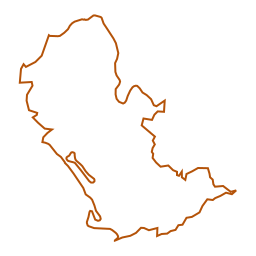 Pap, Namangan, Uzbekistan
{"feature_id": "79887680B13435458352129", "entity_name": "Pap", "entity_type": "district", "adm_level": 2, "iso_a3": "UZB", "parent_name": "Uzbekistan", "parent_adm1": "Namangan", "projection": "albers", "projection_center": [70.772, 41.09], "detail": "fine", "context": "isolated", "style": "outline", "palette": "amber", "viewbox_px": 256, "rotation_deg": 0, "n_neighbors": 0, "source": "geoboundaries", "source_scale": "gbopen_adm2", "svg_char_len": 2415}
<svg xmlns="http://www.w3.org/2000/svg" viewBox="0 0 256 256"><path d="M164.7,100.6L156.5,106.2L153.8,105.2L151.1,99.2L146.7,95.1L142.5,92.5L139.7,88.3L137.2,85.9L135.9,85.7L134.0,86.2L132.5,87.3L130.2,90.6L127.7,96.0L126.2,100.6L124.7,102.7L123.1,103.5L119.0,101.8L116.6,98.8L115.6,94.4L115.7,89.1L119.2,84.5L120.1,81.6L119.6,79.9L116.6,75.5L115.4,71.9L115.1,63.2L115.2,62.9L117.1,58.8L118.3,53.1L115.9,43.2L113.4,38.4L107.2,28.9L103.6,23.5L101.6,17.8L100.7,17.0L94.9,15.4L93.4,15.5L87.9,19.6L85.7,19.9L84.5,19.4L84.0,19.7L82.0,19.3L74.7,21.6L72.2,23.2L69.9,25.7L68.0,29.2L64.2,32.8L59.9,35.9L57.8,36.2L49.8,35.9L48.9,35.2L41.7,55.7L35.4,62.0L25.9,66.9L23.6,64.2L21.0,68.9L19.8,82.7L31.7,82.0L32.5,85.7L27.0,94.8L26.6,100.7L29.0,110.2L37.2,112.9L36.8,114.9L32.8,117.4L38.0,122.7L44.7,128.6L52.0,129.5L47.4,133.0L43.3,137.3L42.4,142.1L45.2,142.7L48.1,143.8L49.6,144.8L56.9,154.0L60.9,156.9L64.8,162.2L64.9,162.9L68.0,166.0L73.6,173.6L83.3,188.0L85.7,194.4L90.2,197.6L92.1,199.7L94.4,205.4L96.0,210.8L100.1,216.4L100.7,218.9L99.8,220.3L98.0,220.8L95.2,219.6L92.0,211.3L90.2,210.9L89.5,212.0L88.5,217.0L86.9,221.9L86.9,223.1L87.7,225.5L88.7,226.2L94.1,228.1L110.0,228.9L112.1,230.0L115.7,232.8L117.0,234.2L118.1,236.3L117.8,237.9L114.9,240.4L114.9,240.6L115.5,240.4L122.3,237.5L130.3,235.8L136.0,232.9L141.0,227.8L144.0,228.0L148.9,230.2L157.4,228.0L157.1,236.0L161.6,234.0L167.2,233.6L170.6,231.1L175.5,229.9L178.4,225.2L182.5,224.7L186.5,217.8L191.9,216.9L199.5,212.4L202.5,205.9L207.3,199.3L212.8,200.0L215.2,198.1L220.4,195.9L226.0,192.7L231.9,194.2L236.2,190.4L230.8,191.8L228.7,190.3L223.1,186.0L215.0,186.7L213.4,184.3L212.7,179.6L210.1,177.3L209.5,173.7L207.9,168.2L198.0,168.0L192.0,171.4L186.5,174.0L185.3,179.9L181.9,177.3L181.8,171.6L179.0,175.8L177.0,175.1L177.0,171.8L173.1,170.2L168.3,165.5L160.6,166.7L156.1,162.5L152.6,157.9L153.2,153.8L151.8,151.9L152.6,148.1L154.8,144.4L152.8,140.6L154.9,136.6L141.7,125.4L143.5,118.5L152.0,119.9L154.4,114.7L157.7,111.4L164.0,111.8L164.7,100.6ZM90.9,182.5L89.1,181.0L85.9,176.8L81.1,170.5L75.0,163.0L73.8,162.4L70.6,161.6L68.1,160.9L66.9,159.7L66.4,158.6L66.6,157.4L67.5,156.6L68.9,155.9L69.7,154.9L70.5,153.5L71.4,152.4L72.4,152.2L73.8,152.6L74.6,153.3L74.7,155.6L75.0,157.9L75.5,159.6L76.5,160.9L80.3,164.1L82.3,166.1L85.7,171.3L88.8,174.8L94.1,178.9L94.5,180.0L94.4,181.4L93.2,182.5L92.0,182.6L90.9,182.5Z" fill="none" stroke="#b45309" stroke-width="2"/></svg>